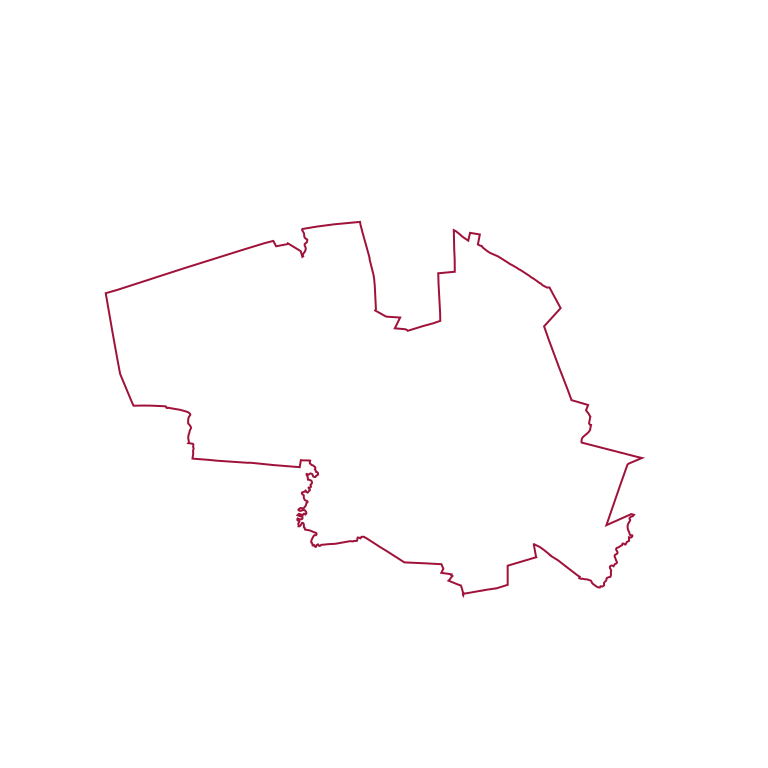 the district of Birda, Timis, Romania, rotated 116°
{"feature_id": "2599482B65688424110437", "entity_name": "Birda", "entity_type": "district", "adm_level": 2, "iso_a3": "ROU", "parent_name": "Romania", "parent_adm1": "Timis", "projection": "natural_earth1", "projection_center": [21.351, 45.422], "detail": "fine", "context": "isolated", "style": "outline", "palette": "rose", "viewbox_px": 768, "rotation_deg": 116, "n_neighbors": 0, "source": "geoboundaries", "source_scale": "gbopen_adm2", "svg_char_len": 6070}
<svg xmlns="http://www.w3.org/2000/svg" viewBox="0 0 768 768"><g transform="rotate(116 384 384)"><path d="M424.4,673.9L456.8,650.5L480.8,632.9L490.6,625.6L510.0,603.6L513.3,599.6L508.5,590.1L505.3,583.3L500.3,571.7L499.8,570.3L500.1,569.7L500.6,569.4L500.8,569.0L500.4,567.9L500.0,567.6L496.6,556.0L495.4,549.4L495.2,548.0L495.7,545.6L496.2,544.9L496.5,544.6L497.4,544.6L498.7,544.9L500.4,544.8L502.3,544.2L505.0,542.9L505.4,542.6L505.6,541.8L506.7,539.6L507.3,538.8L508.0,538.2L509.1,538.1L510.9,538.2L512.6,537.7L516.1,537.2L518.5,536.2L522.0,533.7L522.9,533.9L521.5,529.5L522.0,528.8L524.3,527.9L525.3,526.9L527.8,526.3L530.5,524.8L533.0,524.1L535.0,523.4L528.8,507.7L526.2,500.6L514.3,471.3L514.0,471.1L512.4,467.1L505.2,447.5L495.7,423.3L488.9,425.3L488.5,424.1L485.2,417.0L485.3,416.7L485.9,416.7L487.7,416.0L488.5,413.7L488.3,411.5L488.9,410.1L488.9,409.6L489.2,409.1L490.0,408.7L491.0,408.7L491.6,407.5L492.7,406.8L492.8,406.6L492.5,405.3L492.9,404.5L493.2,404.1L494.0,403.7L494.6,403.6L496.2,404.7L497.6,404.9L498.1,405.6L498.2,406.4L498.1,407.2L496.7,408.6L496.4,409.2L496.6,410.8L496.9,411.2L498.6,412.1L498.9,412.8L498.6,413.8L498.7,414.1L498.9,414.1L499.8,413.5L500.2,412.7L501.4,411.6L503.3,410.4L502.8,409.5L502.9,408.7L502.7,407.2L502.9,406.7L503.8,405.7L504.8,405.3L505.8,405.5L506.6,405.9L507.1,405.7L508.0,404.8L508.6,404.6L509.6,405.2L510.1,406.3L510.4,406.3L510.9,405.6L511.2,404.6L511.6,404.2L512.1,404.1L513.1,404.6L514.6,404.8L515.1,405.1L515.2,406.1L514.9,406.9L514.1,407.6L514.1,407.8L515.3,407.9L517.3,410.0L518.0,410.1L518.9,409.2L519.0,408.3L519.2,407.3L521.1,406.4L522.3,405.3L522.7,404.7L523.1,403.8L522.9,401.8L523.4,401.0L524.1,401.0L525.1,401.6L526.7,401.1L527.4,401.0L530.9,401.7L531.5,402.2L531.7,403.8L532.0,404.6L533.9,405.8L534.6,405.8L534.9,405.3L534.9,404.1L534.7,403.7L534.5,403.2L532.9,401.6L532.4,400.7L532.2,399.7L533.1,398.0L533.8,397.3L534.3,397.1L535.3,397.2L535.8,397.5L535.5,398.8L535.9,399.3L536.6,399.5L537.7,399.5L538.6,399.8L538.7,400.2L538.6,400.5L537.7,401.2L537.7,402.1L538.0,403.2L538.0,403.5L539.8,404.2L539.7,401.8L539.2,399.8L539.5,398.9L540.3,398.4L541.1,398.4L541.9,399.0L542.7,400.9L542.7,402.6L543.2,402.7L544.0,402.4L544.3,402.1L544.5,401.6L544.2,400.6L544.4,399.9L545.2,399.6L546.8,399.9L547.6,399.6L548.9,398.3L549.3,398.3L549.1,397.8L548.4,397.3L547.7,397.0L545.0,396.8L544.4,396.1L544.6,395.2L545.3,394.6L548.1,393.0L548.2,392.0L549.4,391.2L548.7,388.3L548.2,387.1L547.7,379.5L548.4,378.8L549.1,378.7L549.8,379.0L550.5,380.3L551.8,380.7L556.3,380.7L558.1,380.1L558.4,379.8L558.5,379.1L558.7,378.6L560.3,377.5L560.3,376.9L559.6,376.5L559.4,376.3L559.5,375.8L560.3,375.0L560.4,374.5L560.4,374.1L560.2,373.8L558.2,373.8L557.4,373.4L557.1,372.9L557.9,371.4L557.8,371.0L557.3,370.4L556.1,369.9L552.0,363.2L549.1,357.9L540.0,345.4L539.2,343.0L538.5,342.5L538.0,341.8L537.1,339.9L536.7,339.6L536.3,339.6L535.7,339.7L534.6,340.2L533.5,340.3L533.1,339.3L533.1,337.6L532.6,337.4L531.3,337.3L530.8,336.5L530.4,335.4L530.1,335.1L530.3,334.1L530.2,333.0L532.2,316.5L533.0,308.1L535.4,287.5L526.4,266.7L520.8,253.4L524.0,249.7L528.6,249.7L525.9,241.4L525.5,239.8L526.4,239.7L526.6,238.3L529.0,239.0L530.8,239.2L532.5,239.8L531.8,229.6L531.4,226.5L534.0,224.0L536.8,221.6L537.4,221.2L538.5,220.9L539.2,220.1L537.2,220.3L536.0,218.2L524.3,202.1L518.6,193.8L518.7,193.7L510.3,184.8L493.1,193.2L472.9,171.2L472.4,171.8L467.1,175.7L462.4,179.1L462.2,179.0L462.2,172.6L463.0,167.8L464.9,159.5L465.1,159.6L465.4,158.2L466.2,150.1L468.0,141.7L471.2,126.1L471.4,123.5L472.9,123.5L472.9,122.4L472.4,120.8L471.9,120.0L471.5,118.1L470.7,116.1L470.3,114.1L470.1,111.9L470.6,111.0L471.7,109.6L472.1,108.5L472.8,104.7L473.0,102.8L472.3,100.8L470.9,100.7L470.7,100.3L470.6,99.5L470.4,99.0L468.8,98.0L468.1,98.0L466.8,98.9L466.1,99.0L464.9,98.8L463.3,98.1L461.1,98.7L460.6,98.6L459.3,97.5L458.2,96.1L457.9,96.0L456.4,96.2L454.5,97.1L453.9,97.6L452.3,97.9L451.6,98.5L450.3,100.3L449.6,100.7L448.9,100.9L448.0,100.5L447.4,100.0L447.2,99.3L447.2,97.8L444.8,97.6L443.3,96.4L442.6,96.3L441.9,96.6L440.8,98.0L437.7,101.3L436.9,101.5L436.2,101.4L434.4,100.1L433.2,100.1L432.4,100.9L431.3,102.6L430.7,103.0L429.9,103.1L429.2,102.9L427.9,101.5L425.6,100.3L424.5,99.3L423.1,99.6L422.6,99.3L422.4,98.6L422.6,97.1L422.5,96.6L422.3,96.5L419.7,96.5L419.2,96.3L417.9,95.1L417.6,95.1L417.2,95.1L414.4,96.7L414.2,96.3L414.0,95.2L413.6,94.6L413.0,94.3L412.0,94.1L411.6,94.1L411.2,94.6L411.8,96.2L411.6,97.0L409.4,99.0L407.9,101.0L405.4,102.6L403.3,103.2L401.3,103.2L398.9,102.9L398.3,103.1L397.5,104.3L396.7,104.5L395.3,104.0L393.7,102.4L392.0,102.0L392.5,104.7L413.4,122.2L371.9,127.3L350.0,129.8L349.2,129.7L348.1,129.0L337.4,119.7L338.5,124.4L350.0,180.7L349.0,181.4L346.3,182.2L344.3,181.9L338.4,179.3L336.4,178.8L334.7,178.6L333.9,179.0L330.0,180.0L330.4,181.1L329.4,182.5L322.7,184.3L322.4,185.2L321.2,186.6L319.1,190.9L313.4,191.3L316.3,208.4L308.4,216.6L292.3,234.0L271.9,255.4L262.0,265.4L238.4,258.5L224.7,277.6L225.9,279.9L225.7,285.0L224.9,287.2L225.1,288.0L223.8,295.3L223.6,298.1L223.0,301.1L221.7,311.6L221.8,312.5L221.4,315.2L221.0,320.4L220.9,324.1L220.6,325.5L219.3,337.6L219.7,346.1L219.2,349.8L218.0,355.2L217.1,356.6L217.5,358.2L217.4,360.8L207.6,363.4L210.4,372.9L218.2,371.1L217.4,377.0L216.9,379.4L216.3,381.0L215.2,386.2L215.1,388.7L232.8,379.6L240.8,375.2L252.1,369.6L260.7,383.8L270.4,378.7L296.3,364.3L302.6,361.1L307.9,366.4L314.9,374.4L325.8,386.0L325.4,387.0L325.4,388.5L325.5,389.0L329.2,398.7L317.2,398.6L322.5,411.6L321.8,424.2L320.2,424.1L299.7,435.4L293.6,439.1L290.6,441.2L278.4,451.5L277.8,451.8L277.0,452.4L276.9,452.3L256.7,470.2L250.6,475.4L248.8,476.6L262.4,498.9L272.1,513.6L280.4,525.2L281.5,525.2L283.1,522.7L284.1,521.6L286.2,520.4L287.2,519.5L287.7,518.1L287.6,517.0L288.2,516.0L290.4,515.5L291.3,515.8L292.8,516.7L294.5,515.9L295.2,514.8L296.5,513.7L297.9,513.3L300.2,513.2L302.4,513.7L303.7,513.7L304.6,512.6L305.5,513.1L301.1,517.1L299.7,532.1L300.6,532.1L307.5,541.3L303.9,546.2L309.6,552.9L326.2,570.7L367.6,614.4L415.8,664.4L424.4,673.9Z" fill="none" stroke="#9f1239" stroke-width="2"/></g></svg>